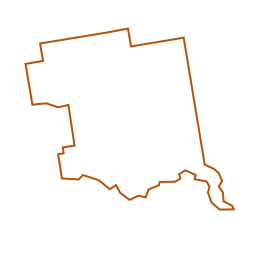 Washington, Florida, United States of America (orthographic projection), rotated 260°
{"feature_id": "52423323B12905112958239", "entity_name": "Washington", "entity_type": "district", "adm_level": 2, "iso_a3": "USA", "parent_name": "United States of America", "parent_adm1": "Florida", "projection": "orthographic", "projection_center": [-85.799, 30.61], "detail": "fine", "context": "isolated", "style": "outline", "palette": "amber", "viewbox_px": 256, "rotation_deg": 260, "n_neighbors": 0, "source": "geoboundaries", "source_scale": "gbopen_adm2", "svg_char_len": 714}
<svg xmlns="http://www.w3.org/2000/svg" viewBox="0 0 256 256"><g transform="rotate(260 128 128)"><path d="M81.8,90.0L70.9,99.5L73.8,106.3L65.6,109.0L57.0,117.0L59.4,126.4L56.7,133.4L63.9,137.7L66.3,148.5L69.4,150.0L66.9,164.8L69.1,170.9L73.5,170.3L76.4,177.0L70.0,186.5L66.0,184.7L61.8,195.9L56.5,198.1L50.5,195.5L39.8,197.5L31.7,204.2L29.5,218.1L33.4,217.0L39.3,209.4L48.0,210.3L54.6,207.3L59.5,211.4L67.8,209.6L72.6,205.7L78.6,197.2L207.3,198.5L207.8,145.2L225.9,145.2L225.7,121.8L226.5,56.1L208.8,56.0L208.9,38.2L167.6,37.9L166.5,51.8L160.6,62.6L161.0,73.3L119.9,72.3L120.2,60.5L114.3,60.3L114.3,54.6L100.9,54.4L89.8,54.2L85.9,70.6L89.5,75.4L81.8,90.0Z" fill="none" stroke="#b45309" stroke-width="2"/></g></svg>